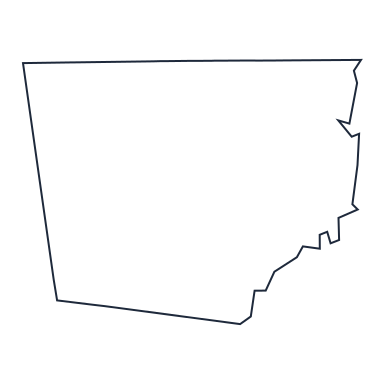 the district of Montgomery, Tennessee, United States of America
{"feature_id": "52423323B95053612066868", "entity_name": "Montgomery", "entity_type": "district", "adm_level": 2, "iso_a3": "USA", "parent_name": "United States of America", "parent_adm1": "Tennessee", "projection": "albers", "projection_center": [-87.301, 36.477], "detail": "fine", "context": "isolated", "style": "outline", "palette": "slate", "viewbox_px": 384, "rotation_deg": 0, "n_neighbors": 0, "source": "geoboundaries", "source_scale": "gbopen_adm2", "svg_char_len": 639}
<svg xmlns="http://www.w3.org/2000/svg" viewBox="0 0 384 384"><path d="M23.0,63.1L53.7,279.6L57.1,300.4L93.3,304.8L104.5,306.1L240.1,324.1L250.8,316.5L254.6,290.7L265.7,290.6L274.4,271.7L296.9,257.2L302.9,246.4L319.8,248.7L319.7,234.8L327.2,231.8L330.6,243.3L339.1,240.0L338.5,217.9L357.7,209.5L352.4,204.3L357.5,165.1L359.1,133.8L351.7,136.7L338.3,120.4L349.4,123.6L357.1,83.0L353.9,70.7L361.0,59.9L286.8,60.4L286.4,60.4L275.8,60.5L256.0,60.6L254.0,60.5L232.5,60.6L219.0,60.7L213.8,60.7L211.4,60.8L187.1,60.9L168.7,61.1L161.9,61.1L154.5,61.3L148.8,61.4L73.2,62.4L72.0,62.4L23.0,63.1Z" fill="none" stroke="#1e293b" stroke-width="2"/></svg>